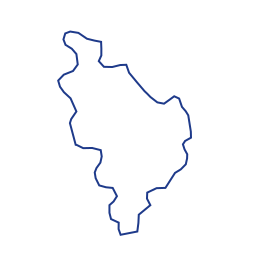 Damyang-gun, South Jeolla, South Korea, rotated 171°
{"feature_id": "91817680B48783047676904", "entity_name": "Damyang-gun", "entity_type": "district", "adm_level": 2, "iso_a3": "KOR", "parent_name": "South Korea", "parent_adm1": "South Jeolla", "projection": "mercator", "projection_center": [127.004, 35.284], "detail": "fine", "context": "isolated", "style": "outline", "palette": "blue", "viewbox_px": 256, "rotation_deg": 171, "n_neighbors": 0, "source": "geoboundaries", "source_scale": "gbopen_adm2", "svg_char_len": 1113}
<svg xmlns="http://www.w3.org/2000/svg" viewBox="0 0 256 256"><g transform="rotate(171 128 128)"><path d="M100.4,63.0L88.6,76.3L82.3,78.9L76.6,83.1L74.4,88.7L73.6,92.8L75.5,98.1L76.3,103.3L73.6,106.3L67.3,108.6L66.5,114.6L66.5,122.1L66.5,131.1L68.4,135.6L71.4,140.4L72.9,149.1L77.4,152.1L82.6,149.4L88.6,146.4L95.0,148.7L101.0,155.1L103.6,158.8L105.9,161.8L111.9,171.6L118.3,182.4L119.8,190.7L125.8,191.4L134.0,190.7L142.2,192.2L146.4,198.6L143.0,203.8L141.9,210.6L141.1,217.3L146.4,219.2L147.5,219.6L154.6,222.6L162.1,229.7L170.0,232.3L175.2,231.2L177.9,225.6L176.7,219.9L171.1,215.1L167.4,209.1L167.7,198.6L173.4,192.9L183.1,190.7L189.5,185.8L189.5,185.4L188.7,179.4L185.7,173.4L180.1,166.3L176.4,152.4L182.7,145.7L184.6,141.9L182.3,119.6L181.2,119.2L175.4,115.1L166.6,113.9L158.4,110.4L158.4,104.0L160.7,98.1L165.4,93.4L167.8,89.3L167.8,83.5L165.4,75.8L159.0,72.9L152.5,71.2L149.6,62.4L153.7,57.7L158.4,54.7L159.6,47.1L159.0,40.7L152.0,36.0L153.1,29.6L152.0,23.7L135.0,24.3L132.6,32.5L130.9,40.7L118.0,48.3L120.3,55.3L119.1,61.2L109.2,64.1L100.4,63.0Z" fill="none" stroke="#1e3a8a" stroke-width="2"/></g></svg>